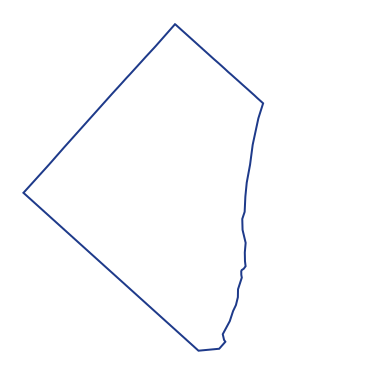 Chautauqua, New York, United States of America (Mercator projection), rotated 132°
{"feature_id": "52423323B8840369760606", "entity_name": "Chautauqua", "entity_type": "district", "adm_level": 2, "iso_a3": "USA", "parent_name": "United States of America", "parent_adm1": "New York", "projection": "mercator", "projection_center": [-79.482, 42.284], "detail": "fine", "context": "isolated", "style": "outline", "palette": "blue", "viewbox_px": 384, "rotation_deg": 132, "n_neighbors": 0, "source": "geoboundaries", "source_scale": "gbopen_adm2", "svg_char_len": 751}
<svg xmlns="http://www.w3.org/2000/svg" viewBox="0 0 384 384"><g transform="rotate(132 192 192)"><path d="M78.5,198.5L78.5,206.6L78.4,210.2L78.5,236.2L78.5,237.9L78.5,240.7L78.6,245.4L78.5,250.6L78.5,259.1L78.6,264.5L78.6,308.1L78.6,316.3L78.7,316.9L108.2,316.6L122.8,316.8L127.4,316.8L146.7,316.9L150.9,317.0L159.8,317.0L172.2,317.1L244.4,316.9L267.4,316.6L305.4,316.7L305.6,81.0L290.3,66.9L281.0,67.0L280.4,69.3L277.1,74.0L262.7,77.5L253.0,81.8L246.6,83.7L239.5,87.5L233.5,92.7L222.3,97.7L220.6,99.9L217.9,102.4L216.7,102.8L214.4,102.2L211.3,102.5L208.0,106.3L201.6,112.3L193.9,118.1L186.3,129.1L178.4,136.6L171.5,139.6L159.8,149.2L148.4,157.6L132.9,167.1L116.3,178.5L92.8,192.0L78.5,198.5Z" fill="none" stroke="#1e3a8a" stroke-width="2"/></g></svg>